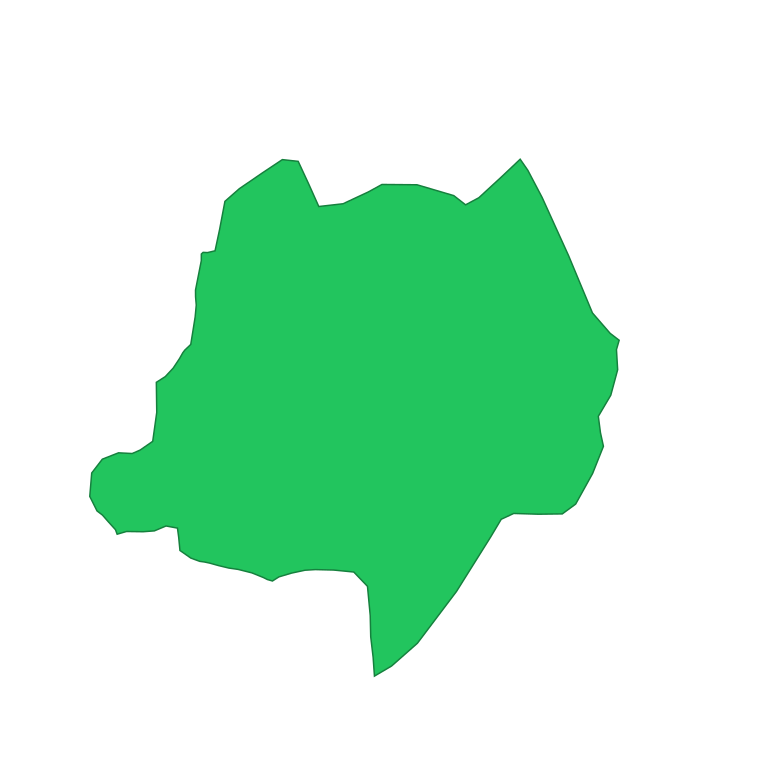 the Province of Kigali City, rotated 28°
{"feature_id": "RWA-3495", "entity_name": "Kigali City", "entity_type": "Province", "adm_level": 1, "iso_a3": "RWA", "parent_name": "Rwanda", "parent_adm1": "", "projection": "natural_earth1", "projection_center": [30.091, -1.927], "detail": "fine", "context": "isolated", "style": "filled", "palette": "green", "viewbox_px": 768, "rotation_deg": 28, "n_neighbors": 0, "source": "natural_earth", "source_scale": "10m", "svg_char_len": 1370}
<svg xmlns="http://www.w3.org/2000/svg" viewBox="0 0 768 768"><g transform="rotate(28 384 384)"><path d="M218.9,641.9L215.3,638.7L205.6,635.2L196.9,631.9L190.2,630.8L177.0,621.4L167.7,599.8L170.6,582.6L181.9,569.4L194.3,563.6L199.7,556.8L206.7,543.2L196.7,515.8L182.2,489.4L187.4,480.2L190.4,469.0L191.5,457.7L191.7,450.9L192.2,447.6L194.8,439.8L190.4,426.9L185.8,413.5L181.2,402.5L176.7,395.5L173.5,389.6L169.4,376.1L164.8,360.9L161.7,355.0L162.5,352.7L166.5,350.8L172.3,345.7L166.2,324.4L157.8,297.4L164.6,279.4L177.3,255.1L188.9,233.6L203.7,227.7L224.2,243.2L243.1,257.9L263.2,244.1L279.9,221.9L288.5,208.8L319.6,192.6L357.2,184.9L371.9,187.5L380.3,175.0L390.9,144.8L398.7,121.6L410.7,127.8L436.1,145.1L486.7,184.0L534.7,223.4L559.9,233.1L571.1,235.0L573.1,244.5L583.6,261.7L589.5,287.4L588.4,311.9L598.0,325.4L607.0,336.0L610.2,365.1L609.6,400.0L602.4,415.0L581.4,426.5L559.3,437.4L551.0,448.4L550.0,469.0L545.4,533.1L535.2,597.2L523.1,629.4L512.7,646.4L502.7,630.4L491.0,613.5L480.6,595.0L464.4,570.4L445.6,564.2L426.9,571.9L410.5,580.1L401.7,585.5L391.0,594.5L381.8,603.6L378.0,610.3L372.8,611.4L368.4,611.5L356.0,612.8L342.2,616.2L333.3,619.4L323.2,622.0L314.1,624.0L308.9,625.5L304.6,627.1L295.2,628.4L282.0,626.8L274.8,615.9L269.3,608.2L258.2,611.7L250.2,621.5L240.7,627.5L225.9,635.1L218.9,641.9Z" fill="#22c55e" stroke="#15803d" stroke-width="1.5"/></g></svg>